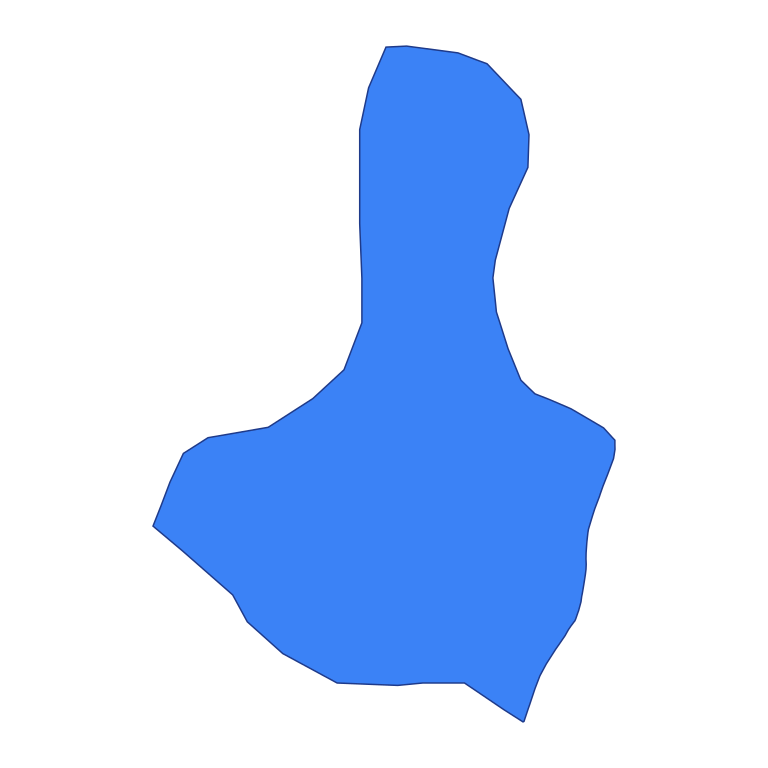 the district of La Guerre/Chickenback Street, Dauphin, Saint Lucia
{"feature_id": "8701671B75874971152676", "entity_name": "La Guerre/Chickenback Street", "entity_type": "district", "adm_level": 2, "iso_a3": "LCA", "parent_name": "Saint Lucia", "parent_adm1": "Dauphin", "projection": "natural_earth1", "projection_center": [-60.93, 14.024], "detail": "fine", "context": "isolated", "style": "filled", "palette": "blue", "viewbox_px": 768, "rotation_deg": 0, "n_neighbors": 0, "source": "geoboundaries", "source_scale": "gbopen_adm2", "svg_char_len": 1406}
<svg xmlns="http://www.w3.org/2000/svg" viewBox="0 0 768 768"><path d="M386.0,47.1L368.6,87.8L359.7,129.6L359.7,176.6L359.7,223.6L361.9,278.4L361.9,322.8L344.0,369.8L312.8,398.6L268.2,427.3L208.0,437.7L183.4,453.4L170.0,482.1L161.1,505.6L153.0,526.1L182.5,550.9L232.7,594.9L247.3,621.8L282.8,653.6L337.1,683.0L397.7,685.4L422.7,683.0L443.6,683.0L464.5,683.0L504.2,709.9L523.0,721.9L524.0,721.4L525.7,716.3L528.2,708.8L529.6,704.8L535.0,688.6L539.9,675.8L546.3,663.9L547.7,661.7L555.7,649.2L559.0,644.5L560.3,642.6L565.1,635.6L568.0,630.4L568.8,629.1L571.0,625.9L572.6,623.8L574.0,621.9L574.8,621.0L575.7,619.0L578.1,612.0L578.6,610.7L581.0,601.8L581.7,596.4L582.3,593.5L583.0,589.4L583.8,584.6L584.5,580.2L585.4,574.3L585.8,570.9L586.0,569.3L586.2,564.4L586.0,558.9L586.1,552.8L586.8,542.9L587.0,540.8L587.9,532.7L588.5,529.1L592.6,515.5L594.8,508.7L599.4,496.6L600.2,494.1L603.0,486.1L606.6,477.0L607.1,475.8L609.1,470.5L613.5,458.7L614.0,455.8L615.0,449.4L614.9,445.1L614.9,440.2L611.9,437.0L603.6,427.9L577.2,412.4L571.0,408.8L569.2,408.0L548.9,399.3L538.4,395.2L534.9,393.8L529.3,388.4L520.9,380.2L519.6,377.1L508.1,348.8L499.2,320.7L496.4,312.0L495.6,303.9L492.9,277.9L495.3,260.2L509.2,208.4L516.8,191.7L527.9,167.4L528.3,155.5L529.0,134.7L523.8,111.9L520.9,99.3L515.4,93.6L487.1,63.8L476.0,59.7L458.0,52.9L410.3,46.6L406.7,46.1L386.0,47.1Z" fill="#3b82f6" stroke="#1e3a8a" stroke-width="1.5"/></svg>